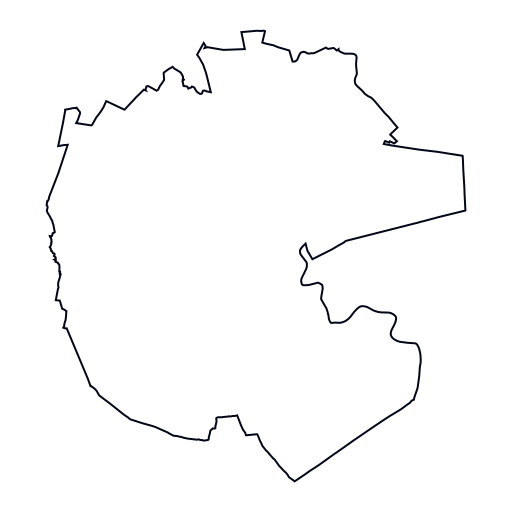 Liteni, Suceava, Romania (Mercator projection)
{"feature_id": "2599482B47011516747302", "entity_name": "Liteni", "entity_type": "district", "adm_level": 2, "iso_a3": "ROU", "parent_name": "Romania", "parent_adm1": "Suceava", "projection": "mercator", "projection_center": [26.537, 47.51], "detail": "fine", "context": "isolated", "style": "outline", "palette": "ink", "viewbox_px": 512, "rotation_deg": 0, "n_neighbors": 0, "source": "geoboundaries", "source_scale": "gbopen_adm2", "svg_char_len": 5863}
<svg xmlns="http://www.w3.org/2000/svg" viewBox="0 0 512 512"><path d="M90.5,386.1L90.9,385.9L92.5,387.1L94.5,388.6L96.2,390.3L97.1,391.7L98.7,394.6L99.2,395.4L99.7,395.8L109.9,403.5L121.8,413.0L124.8,415.3L128.1,417.5L129.6,418.9L130.5,419.4L142.7,423.3L152.4,426.0L155.3,427.0L167.8,432.5L168.4,433.0L173.5,435.7L177.3,436.1L180.0,436.8L181.4,436.9L183.0,437.6L187.7,438.6L197.0,439.7L198.6,439.3L200.1,439.9L202.4,440.1L202.9,440.4L203.6,440.6L206.8,440.2L208.3,439.8L208.6,439.5L208.7,438.9L208.9,436.8L209.8,433.7L210.3,430.9L210.6,430.4L212.8,428.4L214.5,428.6L215.3,428.2L215.4,427.5L215.4,425.8L215.7,425.1L216.4,422.3L216.5,420.2L216.2,418.6L216.3,418.2L216.6,417.9L217.2,417.5L218.7,417.2L221.5,417.3L223.2,417.0L227.7,416.6L228.9,416.3L230.2,416.5L232.8,416.0L234.6,416.0L237.2,415.4L241.0,425.3L243.0,429.7L245.1,432.6L245.7,434.2L245.9,435.2L246.1,435.3L256.9,434.2L257.3,434.3L258.7,437.4L259.8,440.4L261.3,443.3L262.5,446.0L265.8,450.2L268.0,452.3L270.6,455.5L273.2,458.4L274.6,459.5L279.1,465.8L284.2,471.2L285.7,472.5L287.2,474.2L289.1,477.3L294.7,481.3L305.1,474.3L310.0,470.8L318.8,465.1L335.4,453.2L335.7,453.1L352.8,441.0L371.2,428.4L382.5,420.8L389.0,416.5L400.8,409.4L407.0,404.8L410.1,402.7L411.4,400.9L412.7,400.1L413.9,399.7L414.3,397.5L417.4,388.6L417.7,387.2L419.2,376.4L419.9,366.7L420.6,362.9L420.7,360.8L420.7,359.0L420.5,355.6L420.3,353.8L419.4,349.7L418.9,348.2L418.1,346.3L417.1,344.6L416.5,344.0L415.8,343.5L414.8,343.3L407.6,342.8L403.0,342.2L399.5,341.7L397.9,341.2L396.9,340.8L393.9,339.1L392.8,338.2L392.1,337.4L391.4,336.4L391.0,335.4L390.7,334.1L390.9,332.5L391.2,331.0L391.6,330.0L394.5,324.3L395.4,322.1L396.1,319.2L396.1,318.4L396.1,317.6L395.9,317.1L395.2,315.8L393.3,314.3L390.7,313.0L388.8,312.6L381.4,312.4L378.3,312.0L375.5,311.2L373.4,310.4L367.4,307.1L365.6,306.6L364.4,306.3L362.9,306.2L361.2,306.2L359.0,307.2L356.7,309.2L354.3,311.7L350.3,317.0L349.6,317.7L348.1,319.1L345.5,321.0L343.8,321.8L340.8,322.7L339.5,322.8L335.3,322.6L332.0,322.9L330.9,322.8L329.9,321.5L329.2,319.8L328.9,318.8L328.4,315.2L327.3,311.0L326.4,308.3L322.6,301.8L321.1,299.0L321.4,296.1L322.7,288.7L322.5,286.3L322.3,285.5L322.1,284.9L319.6,283.3L317.9,282.7L310.0,284.7L308.2,285.1L305.0,285.2L303.4,285.2L302.5,284.8L301.8,284.1L301.2,281.7L301.2,280.7L301.3,279.6L301.5,278.6L302.5,276.5L306.1,269.1L306.8,266.9L306.9,264.6L306.7,262.8L306.4,262.1L301.0,255.0L300.4,253.9L300.1,253.0L300.0,251.4L300.1,250.3L300.4,249.4L301.7,247.5L303.1,246.0L305.6,243.6L307.4,250.7L312.4,259.2L332.1,249.3L338.8,245.3L344.1,242.4L345.4,241.2L346.3,240.8L414.0,223.6L417.5,222.8L420.3,221.9L423.8,221.1L439.4,216.9L465.2,210.6L465.4,210.4L464.6,194.8L464.3,186.6L463.3,170.2L462.9,159.5L462.7,156.8L462.6,155.8L437.2,151.8L418.8,149.6L392.5,145.6L383.8,144.0L384.5,142.2L385.2,141.0L389.2,142.6L389.8,141.3L394.3,143.4L396.9,141.3L392.3,136.5L390.3,134.8L390.2,134.5L397.5,127.5L393.5,122.9L388.4,116.6L386.5,114.9L383.9,112.1L375.2,101.7L372.4,98.7L370.7,97.4L368.2,96.2L364.9,93.9L362.1,90.6L357.5,86.4L356.3,85.2L355.7,84.5L355.1,82.9L354.8,81.3L354.8,80.3L355.1,78.5L356.8,74.2L356.8,72.2L356.3,68.1L356.1,65.1L356.1,63.2L356.6,57.3L356.3,56.0L355.6,55.0L354.2,54.1L352.3,53.7L346.0,53.7L344.8,53.6L343.7,53.3L340.7,52.0L339.4,51.1L338.6,50.3L338.5,49.8L338.5,49.2L336.8,50.5L334.2,48.3L333.3,48.0L328.2,48.9L327.4,48.6L325.9,47.6L314.7,52.9L313.3,53.3L311.5,53.2L309.1,53.6L307.2,53.3L305.4,52.2L303.3,51.8L300.8,52.6L299.5,54.5L297.1,60.0L295.3,61.4L292.6,61.6L289.3,50.5L278.6,47.4L273.8,45.5L273.1,45.1L272.4,45.1L266.2,43.7L262.3,42.6L265.0,31.2L263.7,30.7L260.0,31.0L258.6,30.8L256.5,30.8L241.4,32.1L244.8,49.1L223.3,49.9L207.6,47.2L204.6,48.0L205.6,46.0L203.7,43.0L197.1,54.7L199.4,57.9L203.2,64.8L206.2,73.5L210.8,92.2L207.2,91.5L204.4,90.5L202.9,90.8L202.3,92.7L201.5,93.8L200.1,93.9L198.7,93.1L196.6,91.5L194.2,87.5L191.9,86.5L191.1,87.5L188.3,88.6L187.4,86.7L186.2,86.3L183.6,86.0L182.5,81.0L183.7,80.0L183.9,79.6L183.4,79.3L182.8,79.2L183.1,77.7L183.0,76.7L182.6,75.8L181.1,73.1L180.3,72.2L174.2,68.5L172.6,66.8L168.5,69.2L163.8,72.6L163.7,73.0L163.7,73.7L164.1,79.9L161.6,83.8L160.9,84.5L159.1,87.5L158.3,89.6L157.7,90.0L156.6,90.7L148.4,86.1L146.5,86.3L145.6,89.3L145.5,89.9L145.8,90.4L143.8,89.7L137.5,96.0L136.7,96.6L133.9,99.7L124.5,109.7L106.2,101.1L103.3,107.6L100.7,111.7L96.2,117.6L92.0,125.0L91.3,125.4L76.2,123.1L76.6,122.2L77.1,121.6L78.1,119.2L80.1,113.3L80.0,112.2L76.6,107.7L76.1,108.0L75.7,108.2L75.1,108.0L72.3,108.2L71.0,108.6L65.1,109.7L65.2,110.7L63.0,122.8L58.2,146.1L63.8,145.1L67.7,144.8L58.4,173.0L49.1,197.0L48.8,199.2L47.4,201.6L47.2,201.5L46.6,205.2L47.1,205.7L47.4,206.2L47.6,207.2L47.5,207.9L46.8,210.7L47.7,213.0L49.1,215.1L50.0,216.7L51.1,219.0L52.2,220.7L52.6,222.7L53.4,224.8L54.0,228.2L54.8,232.1L54.7,232.3L53.8,232.8L53.2,232.9L52.6,233.3L52.4,234.7L52.1,235.7L51.9,236.0L51.6,236.2L51.2,236.2L49.8,236.0L50.1,237.1L51.0,238.1L51.1,238.8L51.5,239.8L51.4,240.6L51.7,241.6L51.5,242.1L51.1,242.6L51.1,242.8L51.4,243.6L50.6,245.8L50.5,246.2L49.7,247.1L49.8,247.3L50.3,247.8L50.8,248.8L50.8,249.4L51.2,250.9L51.4,251.1L52.0,251.2L52.3,251.8L52.8,253.0L53.1,253.2L54.2,253.5L54.5,253.7L54.6,254.0L54.5,254.9L54.3,255.3L53.8,255.9L53.8,256.0L54.8,256.6L55.6,257.3L55.4,258.0L55.9,259.1L55.6,259.4L54.4,259.7L55.7,260.7L55.4,261.4L55.5,261.8L56.5,262.2L57.6,262.5L57.9,262.8L58.1,263.5L58.9,264.2L59.3,264.8L59.3,265.7L59.5,266.9L59.4,269.5L59.5,270.4L59.2,271.1L60.1,271.7L60.2,272.3L59.6,272.9L59.7,274.0L60.7,274.3L60.7,274.7L60.2,275.1L60.1,275.4L60.1,276.2L59.4,278.9L59.2,279.3L59.2,279.8L58.9,280.1L58.7,281.0L58.2,282.8L58.1,285.2L58.2,286.0L58.5,287.4L58.5,287.7L58.0,288.7L55.8,300.2L59.8,300.6L62.2,308.7L64.4,309.7L66.1,311.0L66.4,311.1L65.9,317.5L65.6,319.9L64.3,324.1L64.2,326.2L63.3,327.7L65.4,328.4L66.7,328.3L87.9,378.9L90.5,386.1Z" fill="none" stroke="#020617" stroke-width="2"/></svg>